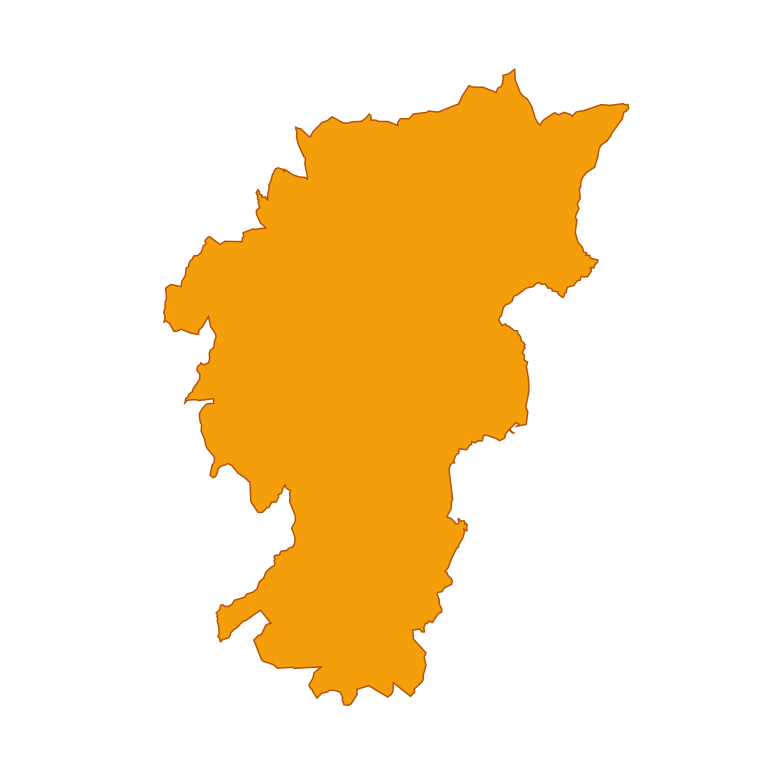 Nicolás Flores, Hidalgo, Mexico, rotated 184°
{"feature_id": "50627088B6273778185161", "entity_name": "Nicolás Flores", "entity_type": "district", "adm_level": 2, "iso_a3": "MEX", "parent_name": "Mexico", "parent_adm1": "Hidalgo", "projection": "equal_earth", "projection_center": [-99.171, 20.795], "detail": "fine", "context": "isolated", "style": "filled", "palette": "amber", "viewbox_px": 768, "rotation_deg": 184, "n_neighbors": 0, "source": "geoboundaries", "source_scale": "gbopen_adm2", "svg_char_len": 6122}
<svg xmlns="http://www.w3.org/2000/svg" viewBox="0 0 768 768"><g transform="rotate(184 384 384)"><path d="M608.5,464.3L606.9,454.0L608.1,450.1L607.7,444.2L608.8,440.0L607.0,436.0L607.8,430.4L606.1,431.7L602.1,429.5L597.4,422.0L594.7,422.0L590.1,424.5L580.2,421.2L572.4,420.5L572.4,424.8L569.0,428.5L563.8,439.2L561.0,429.2L555.4,422.1L554.8,419.1L556.0,415.3L556.4,408.4L559.5,405.7L560.5,402.5L559.7,396.8L560.4,393.0L565.0,390.6L568.4,392.2L568.7,390.7L571.2,388.5L571.7,384.7L568.3,380.6L568.2,376.0L574.2,365.5L574.5,363.2L577.5,360.6L579.3,356.6L580.6,356.0L581.3,351.3L579.4,353.7L577.4,354.4L571.1,355.2L567.3,354.7L553.2,357.4L552.4,352.9L559.4,351.8L563.3,347.2L565.9,342.2L565.9,339.3L564.7,333.3L563.1,330.7L563.1,324.2L559.2,316.8L557.7,310.9L555.7,307.2L548.5,299.7L547.8,297.6L548.2,293.4L549.9,290.7L551.1,281.0L548.2,278.5L545.8,279.9L544.6,282.0L543.5,287.8L540.7,291.0L536.7,292.1L534.5,293.8L530.2,292.2L523.6,285.0L516.4,280.9L510.8,276.2L508.7,257.5L501.2,247.7L499.7,247.1L496.3,247.5L492.3,252.3L490.2,252.8L487.8,258.2L483.5,258.7L481.2,263.9L481.6,266.2L478.7,267.9L477.6,272.8L475.6,276.1L474.2,273.3L469.7,270.9L470.5,268.0L469.8,264.3L470.0,260.3L463.1,245.9L463.1,240.1L466.1,233.9L462.0,224.6L462.1,219.0L463.6,215.2L467.9,213.3L469.2,211.2L474.2,210.3L475.3,209.6L476.4,206.5L481.3,205.1L481.5,203.2L480.5,201.5L481.3,199.8L480.2,197.2L480.8,195.1L483.9,193.3L488.6,188.4L490.4,182.3L494.7,177.7L496.3,170.6L500.5,167.1L506.0,165.0L508.5,161.4L518.2,157.8L520.4,153.4L523.9,151.1L527.2,151.2L529.7,152.5L531.5,151.8L532.3,147.2L535.4,143.9L533.9,141.9L534.5,140.6L533.3,138.1L534.0,136.8L531.8,129.9L531.0,123.4L532.2,120.4L530.3,118.8L529.4,115.7L528.6,115.6L528.1,117.2L521.3,120.0L519.8,122.5L519.4,125.2L516.4,128.9L514.5,129.8L508.5,137.2L505.1,138.6L491.5,149.8L480.0,137.3L481.9,137.1L485.1,135.0L488.1,127.1L489.7,125.2L491.6,124.6L496.0,119.5L487.2,101.0L485.2,99.0L474.8,96.3L470.5,93.1L455.1,95.0L453.6,94.1L426.9,97.5L433.6,91.1L434.4,85.6L438.0,78.4L435.6,74.7L434.1,74.1L433.8,72.5L429.0,66.0L424.4,71.2L418.7,73.0L417.0,74.7L411.1,74.8L406.2,73.5L403.2,67.9L403.7,66.4L401.5,61.2L397.2,61.0L394.7,62.4L389.1,72.4L389.8,77.4L378.2,82.0L358.5,72.0L355.0,74.9L353.6,78.5L353.9,86.7L335.7,74.3L331.9,79.0L332.4,81.4L331.3,83.1L325.0,89.9L324.2,92.7L324.5,96.2L322.5,106.4L324.9,114.4L323.3,118.6L336.8,131.6L338.2,140.5L331.2,142.0L328.8,139.3L326.5,139.5L327.2,143.8L325.9,148.2L324.3,147.9L323.0,150.5L319.1,149.5L313.9,158.6L310.6,160.5L310.6,163.4L313.2,167.9L314.1,173.3L316.3,177.8L316.1,179.7L311.7,180.9L309.8,184.6L302.6,189.0L302.2,192.4L303.2,194.5L306.9,197.6L308.3,200.4L310.0,201.2L307.1,205.4L304.4,214.7L300.1,225.1L298.1,226.9L298.4,228.2L294.5,236.5L293.3,242.5L294.2,244.9L291.0,243.4L291.6,248.3L291.1,249.3L292.4,250.5L293.5,250.0L293.5,251.5L294.6,253.1L297.3,252.6L300.4,254.9L300.6,253.8L299.4,250.8L300.7,249.4L302.2,249.4L307.3,254.4L312.1,255.9L308.4,264.0L308.4,271.2L307.5,273.7L313.2,303.3L312.3,307.4L310.2,310.6L307.6,309.9L308.9,311.1L308.9,313.4L307.3,318.0L304.6,320.1L304.4,324.5L297.0,324.2L294.6,328.5L292.5,329.8L292.4,332.6L289.1,331.6L286.0,334.0L282.0,334.0L281.2,339.2L279.5,340.3L268.5,337.6L264.8,335.5L259.9,338.5L259.4,342.2L256.3,347.0L252.3,344.1L250.3,344.1L252.5,344.7L255.5,347.8L249.4,354.7L246.6,353.3L248.7,351.1L239.3,353.7L238.6,366.1L240.9,371.1L238.9,387.3L240.1,398.7L243.2,411.5L242.3,416.0L246.0,417.6L246.0,422.8L248.2,424.5L246.8,428.8L245.8,429.7L247.0,431.3L246.0,432.8L247.4,434.9L250.3,436.7L250.7,439.8L252.6,442.6L253.9,443.1L254.6,446.4L257.8,446.3L263.1,450.1L265.9,450.9L266.9,452.4L270.2,450.7L272.8,454.0L273.8,456.0L273.7,457.9L271.8,460.1L270.3,468.1L268.1,471.8L265.5,472.6L262.0,475.7L260.6,480.6L257.7,481.9L248.7,489.6L241.6,491.7L239.6,494.5L236.5,496.1L234.0,494.3L230.3,495.3L227.2,491.1L224.5,491.2L222.9,490.1L222.8,488.7L217.3,488.0L216.2,485.6L211.8,482.7L210.6,484.0L210.0,487.0L208.9,487.9L207.7,493.4L201.6,495.5L198.6,500.2L195.6,501.4L194.9,504.7L188.6,505.1L184.9,511.2L186.1,514.6L182.7,514.4L182.2,517.2L179.5,520.5L179.3,522.7L185.9,523.7L187.7,525.1L187.8,526.8L191.7,526.5L190.9,528.8L194.0,529.6L195.4,533.8L200.6,539.4L202.5,544.7L203.8,548.9L203.0,561.3L204.5,563.1L204.6,565.0L201.9,572.6L203.7,577.0L201.2,582.9L202.7,591.6L201.5,595.1L201.7,599.1L200.4,603.8L196.9,609.0L189.0,615.0L186.7,624.8L185.9,633.3L184.2,637.3L178.5,642.1L175.1,647.2L174.5,649.6L165.0,664.8L163.4,672.2L161.4,672.9L159.2,676.2L159.7,678.7L160.4,679.8L163.0,679.4L164.9,680.3L178.3,677.7L186.8,677.8L203.3,670.8L211.2,668.8L214.9,664.4L217.4,666.1L223.1,667.6L228.3,664.8L232.8,666.5L244.1,657.8L246.2,653.2L248.6,655.0L251.7,659.7L255.7,670.4L257.8,673.9L261.2,678.5L264.8,680.5L268.4,684.1L274.3,696.5L275.6,707.0L281.9,701.8L287.0,700.1L286.3,697.3L286.9,691.4L287.8,689.2L291.3,686.8L292.3,682.7L305.8,686.9L316.5,686.4L320.1,687.5L326.2,676.4L329.0,668.7L348.9,659.1L358.7,659.4L360.4,657.9L373.6,655.4L377.5,650.4L386.3,649.8L388.6,645.2L388.3,642.8L398.1,646.1L408.3,645.6L410.4,646.6L415.3,646.3L415.7,650.4L417.6,652.3L420.7,647.9L424.9,644.4L434.3,643.2L438.5,641.6L443.4,641.8L454.4,646.9L458.8,642.9L464.1,640.5L472.5,630.7L474.8,625.6L475.9,625.5L485.2,633.1L486.8,632.7L490.0,634.0L489.7,631.9L488.5,629.8L488.4,623.7L486.0,616.7L479.9,605.2L478.2,604.2L478.2,597.7L475.0,586.0L474.9,583.1L477.4,584.6L483.1,584.6L489.9,586.4L496.8,590.7L497.8,589.7L498.3,590.8L498.8,589.5L499.5,590.9L504.7,592.2L507.3,590.9L510.0,584.6L510.8,579.1L512.8,574.2L512.2,572.1L513.3,564.7L512.7,559.6L513.6,559.7L515.2,562.5L518.6,561.6L518.9,563.9L521.6,565.1L521.8,567.4L523.3,569.0L524.8,565.9L523.1,562.6L523.0,559.4L521.5,558.2L522.3,556.4L520.3,551.3L523.4,548.4L523.1,544.5L518.6,536.1L512.6,531.5L523.2,529.2L525.3,529.6L535.1,525.1L534.2,521.1L535.3,520.3L535.6,516.1L552.8,515.2L557.1,511.8L568.5,518.8L569.6,518.3L572.4,514.8L572.5,513.7L571.4,512.4L571.7,511.1L573.7,509.3L575.8,502.1L578.6,499.3L582.9,498.4L583.7,495.5L585.9,493.3L587.1,490.1L587.0,487.8L589.3,485.9L589.8,478.4L592.9,472.1L593.2,467.0L603.6,468.4L608.5,464.3Z" fill="#f59e0b" stroke="#b45309" stroke-width="1.5"/></g></svg>